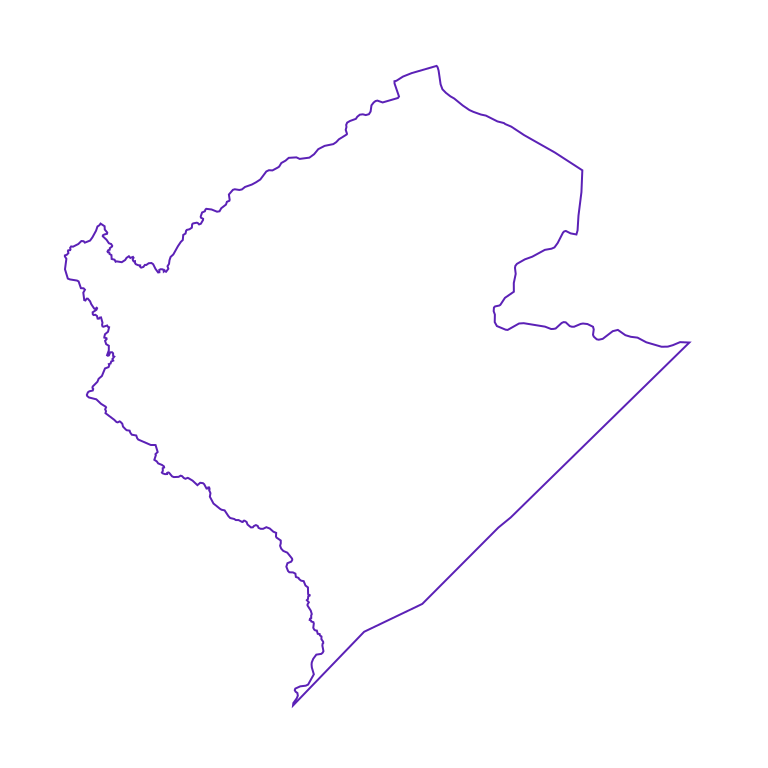 Mandimba, Niassa, Mozambique (Mercator projection), rotated 265°
{"feature_id": "85939544B48761792497071", "entity_name": "Mandimba", "entity_type": "district", "adm_level": 2, "iso_a3": "MOZ", "parent_name": "Mozambique", "parent_adm1": "Niassa", "projection": "mercator", "projection_center": [35.973, -14.23], "detail": "fine", "context": "isolated", "style": "outline", "palette": "violet", "viewbox_px": 768, "rotation_deg": 265, "n_neighbors": 0, "source": "geoboundaries", "source_scale": "gbopen_adm2", "svg_char_len": 6113}
<svg xmlns="http://www.w3.org/2000/svg" viewBox="0 0 768 768"><g transform="rotate(265 384 384)"><path d="M667.7,422.8L664.6,407.2L666.9,402.1L666.6,400.2L665.3,398.2L662.7,395.8L656.6,394.4L654.1,392.5L653.5,389.3L654.5,386.4L654.4,383.4L652.6,380.7L650.6,379.1L649.0,373.1L647.6,370.1L645.4,368.9L643.3,369.0L640.5,368.0L636.7,368.9L635.9,368.7L631.7,360.4L629.1,357.5L627.4,354.4L626.4,345.6L623.7,339.0L619.0,334.4L616.0,329.4L615.6,319.6L617.4,316.5L617.6,308.8L615.1,305.4L613.1,301.0L609.7,298.5L608.9,297.1L606.5,291.5L607.0,288.0L606.0,285.3L598.5,278.6L596.1,274.1L594.2,269.7L592.4,262.7L590.2,259.4L589.9,256.8L591.0,252.3L590.6,250.4L586.3,246.0L580.9,246.3L580.0,245.9L579.2,243.4L576.5,242.2L573.3,237.2L570.4,235.2L570.2,232.7L572.9,227.4L574.0,222.2L573.3,221.3L571.7,220.6L570.7,217.7L566.8,216.0L565.7,216.1L564.3,218.2L563.1,218.0L559.6,215.5L559.1,213.7L560.7,212.4L561.0,211.4L560.6,207.8L559.8,206.8L556.5,206.2L555.1,203.7L554.7,201.0L553.9,200.2L551.2,199.4L550.0,197.0L545.0,196.1L543.3,194.0L539.2,190.7L531.4,185.4L529.2,182.5L526.0,181.1L522.4,180.3L520.2,178.6L517.6,179.2L514.8,176.7L515.2,175.7L516.3,175.3L515.5,174.4L516.4,174.4L517.5,173.6L517.8,171.5L517.3,170.1L514.9,170.0L514.8,168.7L518.6,166.4L523.4,164.5L524.8,162.9L524.8,160.1L523.3,157.6L523.5,156.2L521.6,154.5L521.1,152.2L522.3,151.1L523.4,151.4L523.8,149.4L525.0,147.2L525.9,146.6L528.1,146.6L527.9,145.4L528.8,144.8L529.9,144.5L531.6,145.5L532.5,145.0L531.7,142.3L533.5,141.0L532.1,138.5L530.1,137.0L528.2,133.4L529.5,128.3L529.2,127.3L531.3,126.4L532.3,123.6L536.2,123.7L537.5,121.9L539.0,121.8L539.3,120.4L540.1,120.1L541.3,120.9L541.7,122.5L543.2,122.7L544.7,125.1L545.4,125.3L547.2,124.4L548.2,122.2L551.8,120.2L555.7,116.7L556.6,116.9L557.3,118.4L557.8,121.2L559.0,121.5L562.2,119.3L565.5,119.4L568.5,115.6L567.0,114.4L565.9,112.3L561.8,110.5L555.5,106.3L552.5,103.7L550.9,98.3L552.4,97.2L552.8,95.0L550.1,91.7L547.9,86.2L548.3,84.3L547.0,83.2L545.4,83.4L544.7,83.0L544.7,81.1L544.0,80.7L541.9,81.0L540.4,79.3L539.9,77.3L538.9,77.2L536.4,78.5L526.1,76.2L516.6,78.2L515.6,80.1L513.8,87.2L512.8,88.7L505.9,90.4L505.5,93.1L504.0,94.3L501.2,92.4L493.7,92.7L493.2,93.8L494.9,95.2L494.8,96.4L492.0,98.4L489.1,99.3L484.5,101.8L483.9,102.8L485.0,104.4L484.5,104.8L483.0,104.0L480.8,100.0L478.8,100.0L478.0,100.7L478.1,102.5L476.8,104.0L474.1,104.4L473.9,105.7L474.9,106.6L475.0,107.9L469.6,108.9L467.5,108.3L465.9,108.6L465.5,109.5L466.4,113.3L465.1,113.9L464.5,115.1L460.1,113.6L457.9,110.4L455.3,109.5L454.6,109.4L453.8,111.5L452.9,111.6L451.3,109.9L447.9,110.7L446.1,113.2L441.5,112.8L436.8,110.6L436.2,111.4L436.5,112.5L439.4,114.0L439.3,115.9L438.2,116.8L435.5,116.6L434.8,117.7L432.5,115.6L430.9,116.3L430.2,114.2L428.2,113.4L427.8,111.6L426.4,111.9L424.8,111.0L423.8,107.4L416.6,103.7L414.1,100.2L411.2,98.7L406.9,93.6L405.6,93.2L404.4,93.9L402.9,93.3L402.4,89.8L401.5,88.3L399.0,87.0L397.9,87.3L396.3,88.9L393.8,96.1L388.9,100.4L385.7,104.7L385.0,105.1L383.1,104.0L381.2,104.7L379.2,104.0L371.8,112.2L369.4,114.2L369.0,115.4L369.8,117.4L369.3,118.1L367.3,119.8L364.3,120.3L361.3,122.7L360.4,123.6L359.7,126.5L357.7,127.0L355.5,128.3L354.3,132.7L351.5,133.4L350.1,134.3L343.6,146.3L343.1,151.1L336.0,152.6L334.0,150.2L332.9,150.5L328.5,148.6L326.7,150.9L324.6,152.1L322.7,155.8L321.1,157.6L320.0,157.7L319.4,156.2L316.7,156.1L315.1,155.0L314.3,155.7L313.3,158.0L313.2,160.1L314.3,160.2L314.7,161.3L314.3,162.2L310.5,164.8L309.6,166.5L309.4,171.3L310.4,173.4L309.8,174.8L307.8,176.4L306.9,177.9L307.6,180.3L307.3,180.9L304.4,184.9L299.5,189.3L301.6,192.3L301.0,195.0L299.9,196.1L295.3,198.1L295.3,199.4L296.3,199.9L296.2,200.8L294.6,201.1L293.4,200.6L290.4,201.6L286.9,200.7L279.8,203.7L274.0,209.7L272.9,211.2L272.0,214.2L265.9,217.5L263.9,219.1L262.6,223.0L261.4,224.5L261.1,227.3L258.9,230.7L258.9,231.3L260.0,232.2L260.0,233.2L258.5,235.1L255.9,235.8L252.7,239.0L252.7,240.9L253.9,242.1L254.6,244.1L253.6,245.8L251.6,246.5L250.5,248.5L250.3,251.0L251.6,254.3L250.0,257.6L246.5,260.9L245.1,263.6L241.5,263.1L240.4,263.5L237.1,267.5L234.4,267.3L231.9,266.4L229.0,267.2L226.5,269.1L224.4,273.0L218.1,277.2L216.8,277.3L215.1,276.1L213.9,272.2L210.5,270.8L206.1,272.1L204.7,273.3L204.2,277.0L202.8,279.2L199.5,279.4L198.3,281.9L196.9,282.6L195.3,284.3L194.6,286.8L190.1,288.2L188.0,290.5L181.4,290.1L180.7,290.3L180.3,291.5L179.7,291.5L179.0,290.0L176.4,289.5L175.4,288.3L173.1,290.1L171.1,288.6L170.0,288.5L164.6,291.3L161.1,292.0L159.8,291.3L157.2,291.1L156.7,289.9L155.4,289.4L154.7,290.7L153.7,290.9L152.9,292.9L151.5,293.2L147.3,292.3L145.5,293.0L144.5,294.1L144.2,295.6L140.9,296.2L140.5,298.1L139.2,298.2L137.9,299.7L135.2,299.4L132.6,300.9L131.2,300.9L130.6,300.2L128.7,299.8L123.1,300.4L121.7,299.5L120.6,298.0L120.3,293.0L116.5,289.6L113.0,287.8L110.9,287.4L107.9,287.4L100.9,288.8L91.2,282.2L90.3,279.8L90.1,274.2L88.3,269.1L86.8,268.4L85.2,269.1L83.7,270.8L81.0,271.0L78.5,269.7L74.1,265.9L71.7,265.4L138.9,342.6L161.6,403.0L231.0,485.4L240.0,498.6L398.7,691.8L399.9,682.6L397.5,675.1L396.5,670.0L396.9,663.8L402.7,648.9L408.1,640.6L409.5,634.0L411.6,628.7L417.5,621.7L416.7,616.5L409.9,605.8L409.4,601.8L410.0,599.8L412.9,597.1L414.8,596.5L420.1,597.7L422.8,597.2L426.0,591.9L426.9,587.5L426.7,585.2L424.5,578.4L424.7,576.1L425.5,574.1L429.6,570.4L430.0,568.3L429.3,566.3L424.3,559.8L424.1,557.5L424.2,555.3L427.1,549.4L432.4,528.5L432.5,523.8L427.1,511.9L427.5,509.9L431.9,501.5L436.0,499.7L443.5,500.5L447.0,499.6L450.6,500.2L451.6,501.4L452.1,505.6L452.7,506.8L459.3,512.0L464.6,521.4L473.3,522.1L482.2,524.8L488.3,524.6L490.3,525.2L492.1,526.9L495.9,535.2L497.9,542.8L503.6,555.9L504.2,562.7L505.2,565.7L509.3,569.3L519.2,575.5L520.3,576.8L520.6,578.5L517.8,583.0L516.2,588.7L520.1,590.2L534.7,592.4L557.9,597.4L579.6,600.2L599.7,574.4L619.7,545.3L629.3,533.2L632.4,527.4L633.5,526.2L635.7,519.9L642.5,508.9L644.0,504.0L647.3,496.8L649.5,492.9L654.6,486.7L662.3,478.8L664.8,475.2L668.6,471.1L672.5,467.9L677.6,466.5L691.5,465.7L694.9,465.0L696.3,464.1L691.3,438.7L688.6,429.7L685.0,422.8L684.7,420.8L682.4,420.7L669.1,424.0L667.7,422.8Z" fill="none" stroke="#5b21b6" stroke-width="2"/></g></svg>